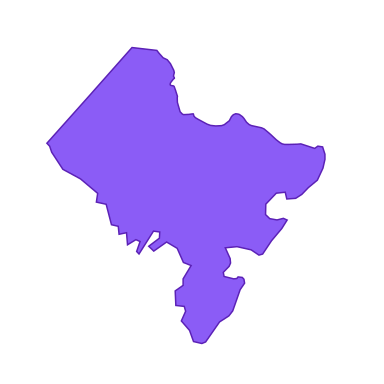 the district of Chatham, Georgia, United States of America, rotated 352°
{"feature_id": "52423323B68249799438553", "entity_name": "Chatham", "entity_type": "district", "adm_level": 2, "iso_a3": "USA", "parent_name": "United States of America", "parent_adm1": "Georgia", "projection": "albers", "projection_center": [-81.083, 31.979], "detail": "fine", "context": "isolated", "style": "filled", "palette": "violet", "viewbox_px": 384, "rotation_deg": 352, "n_neighbors": 0, "source": "geoboundaries", "source_scale": "gbopen_adm2", "svg_char_len": 1853}
<svg xmlns="http://www.w3.org/2000/svg" viewBox="0 0 384 384"><g transform="rotate(352 192 192)"><path d="M176.9,46.9L152.7,40.6L103.0,83.0L55.1,123.5L57.4,126.8L58.6,133.1L67.3,151.6L83.4,163.5L98.4,180.2L95.9,188.7L105.3,192.2L107.7,213.2L114.2,215.7L113.9,223.7L121.5,223.2L120.8,235.3L129.8,231.4L133.7,233.8L128.9,243.2L130.9,246.0L148.4,225.4L154.5,227.1L153.3,233.2L141.6,239.7L145.9,245.2L159.9,238.0L169.5,245.7L173.7,260.6L180.9,264.7L171.1,276.8L170.2,283.2L161.6,287.6L160.2,302.1L168.4,304.2L169.1,309.2L163.5,318.2L170.3,328.7L172.7,340.3L180.7,343.4L184.6,342.4L201.2,324.5L211.3,319.8L215.8,315.4L226.1,295.4L231.4,289.6L231.3,285.6L229.9,283.6L225.8,282.5L224.3,283.9L221.2,283.8L212.0,280.1L211.8,275.9L218.4,270.8L220.3,267.7L220.5,263.2L217.2,251.9L229.0,252.4L242.5,257.5L249.5,263.8L253.3,263.3L263.9,251.4L275.9,240.6L282.3,233.0L278.8,230.8L272.3,231.5L265.3,229.2L261.7,224.6L263.4,214.3L275.3,204.9L284.3,205.2L284.9,212.1L293.8,212.7L300.5,209.6L307.9,203.8L317.8,197.7L325.0,186.6L328.2,178.2L328.9,173.1L327.6,165.5L323.0,164.1L319.6,165.9L306.5,159.5L302.8,159.3L294.0,158.3L290.4,157.8L288.0,156.9L286.0,155.4L282.6,151.9L277.8,145.9L272.2,139.6L269.8,138.1L260.1,134.5L258.0,133.2L255.7,130.5L253.7,126.4L252.4,124.4L249.7,121.8L248.4,121.2L246.2,120.6L243.7,121.2L241.6,122.8L239.6,125.6L238.9,126.6L233.4,129.8L230.6,130.4L224.7,129.9L219.6,128.6L216.4,126.9L208.1,120.8L206.1,119.2L205.8,119.0L204.5,117.2L204.2,114.9L203.2,114.7L199.7,114.7L194.4,114.2L193.3,113.5L191.4,110.9L190.0,101.2L190.5,96.6L190.9,95.2L190.0,90.0L189.9,89.2L189.0,85.0L188.5,84.4L185.9,83.5L185.3,82.8L185.4,82.0L186.0,80.8L187.8,79.0L189.5,77.4L190.3,77.1L190.4,76.1L189.8,75.1L190.1,73.7L191.1,71.3L190.9,69.0L188.5,61.9L185.9,57.6L182.1,55.1L181.8,54.7L178.6,49.9L176.9,46.9Z" fill="#8b5cf6" stroke="#5b21b6" stroke-width="1.5"/></g></svg>